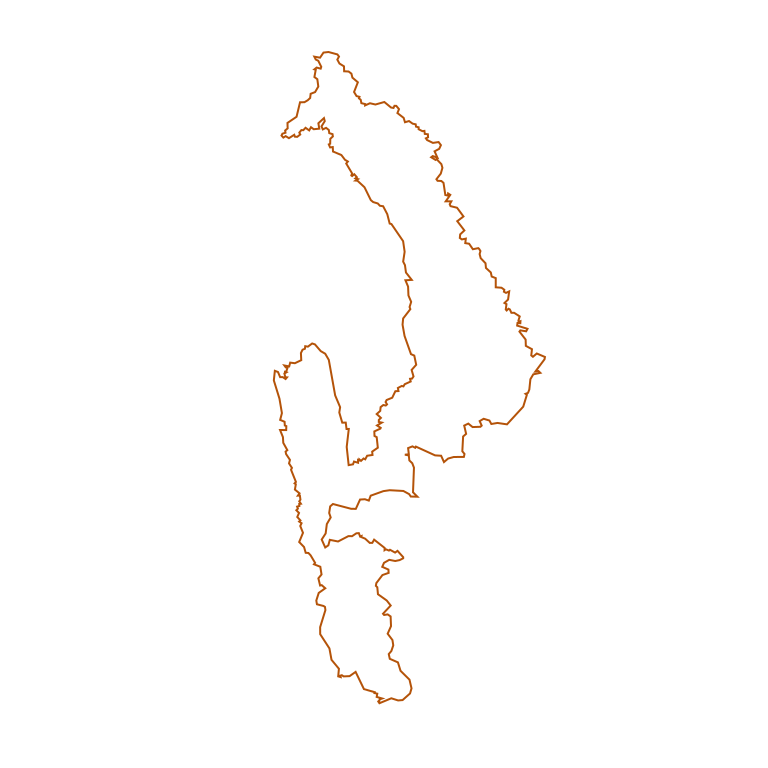 the district of Tlaltetela, Veracruz, Mexico, rotated 102°
{"feature_id": "50627088B55726085156575", "entity_name": "Tlaltetela", "entity_type": "district", "adm_level": 2, "iso_a3": "MEX", "parent_name": "Mexico", "parent_adm1": "Veracruz", "projection": "natural_earth1", "projection_center": [-96.832, 19.284], "detail": "fine", "context": "isolated", "style": "outline", "palette": "amber", "viewbox_px": 768, "rotation_deg": 102, "n_neighbors": 0, "source": "geoboundaries", "source_scale": "gbopen_adm2", "svg_char_len": 6142}
<svg xmlns="http://www.w3.org/2000/svg" viewBox="0 0 768 768"><g transform="rotate(102 384 384)"><path d="M73.1,496.1L71.3,498.1L70.8,507.3L72.4,512.1L78.1,514.4L78.3,520.2L80.8,518.2L81.5,515.5L86.8,511.3L88.7,511.5L88.5,515.7L90.7,517.5L90.8,516.1L98.2,515.9L99.7,512.6L106.7,510.1L112.8,512.1L115.4,516.1L119.6,515.7L122.3,517.6L124.9,520.4L125.9,524.7L140.8,525.1L148.7,532.7L154.0,531.4L156.6,533.4L158.7,532.6L160.3,535.4L162.3,535.9L163.9,533.7L162.0,531.7L163.3,528.1L158.9,523.6L160.6,522.6L160.3,520.3L157.4,517.8L155.7,519.1L152.8,517.6L152.5,515.7L149.7,514.0L151.5,509.9L148.0,508.8L149.4,505.7L147.7,500.4L142.6,502.4L136.4,498.0L139.2,496.6L145.0,498.7L147.7,496.8L145.5,493.9L147.0,490.8L150.0,489.7L150.3,486.3L152.5,485.5L155.3,487.5L160.2,486.6L161.1,487.8L163.8,485.9L162.9,483.4L167.2,482.2L168.9,473.3L172.8,468.8L173.9,465.6L176.2,466.8L184.6,459.0L186.8,459.3L187.2,458.4L185.0,456.7L187.3,453.6L188.8,454.7L189.0,452.1L190.9,454.0L190.7,452.2L195.6,444.0L206.9,435.1L208.3,432.4L208.7,427.6L210.5,425.1L210.3,421.8L217.2,416.1L225.9,411.8L226.0,410.0L240.3,395.0L250.4,391.3L260.3,390.7L263.4,388.2L270.4,385.7L276.4,378.5L278.1,384.6L283.7,380.7L292.3,378.5L298.0,374.5L303.4,375.0L305.3,373.8L315.9,378.9L322.1,378.2L332.7,373.9L349.2,363.8L349.9,360.3L358.5,356.5L364.5,359.9L370.5,356.7L372.9,357.7L373.5,359.6L376.0,358.4L379.9,363.7L382.3,364.5L382.2,366.2L385.0,369.6L387.9,368.4L388.7,371.4L395.7,373.1L399.1,378.1L401.3,378.7L403.3,376.8L404.7,377.8L404.7,380.3L407.3,382.5L411.1,382.1L414.9,384.9L417.8,380.0L420.2,381.6L422.2,381.2L422.2,378.1L426.0,382.2L427.6,378.1L428.4,378.3L432.4,383.6L436.8,382.5L437.5,380.1L447.6,376.8L452.6,381.5L455.8,380.5L457.7,385.6L461.6,386.7L461.1,388.5L464.0,390.5L462.8,392.6L463.9,392.6L463.7,393.6L466.4,393.0L466.1,397.2L469.0,397.6L470.7,401.7L453.3,407.4L435.3,409.1L435.8,411.3L429.7,413.4L430.5,416.8L421.2,421.8L415.8,422.1L405.3,429.4L371.9,443.0L366.6,447.8L365.0,452.7L359.6,459.8L359.3,462.7L363.3,466.2L363.4,468.9L366.0,468.7L367.4,470.8L371.0,471.7L377.9,469.9L382.2,475.5L382.6,480.2L386.5,480.4L386.6,485.3L388.2,483.5L387.8,481.7L392.1,482.2L392.7,484.2L392.9,481.9L394.5,483.6L397.9,481.9L397.7,480.3L399.6,481.3L398.3,484.5L398.9,487.0L394.3,490.2L393.8,493.5L403.4,492.5L420.1,483.2L433.7,477.8L440.7,478.1L441.6,473.4L445.2,472.4L445.5,470.8L449.4,470.1L450.6,476.1L457.0,471.8L462.5,470.3L468.8,464.8L470.6,466.2L472.9,465.2L477.8,460.2L481.4,460.4L485.2,456.6L487.2,457.1L498.1,449.8L499.8,450.8L500.4,449.4L505.8,449.2L508.5,443.9L511.1,445.0L510.6,443.1L514.5,441.7L516.4,442.5L518.4,440.4L519.0,442.0L520.9,441.4L522.0,443.5L523.8,442.3L525.7,443.5L527.8,440.3L532.1,441.2L534.8,437.4L536.2,438.4L537.3,435.7L540.3,436.4L546.4,432.3L556.2,434.1L560.1,428.3L565.4,425.5L565.0,422.8L566.8,420.2L573.3,414.2L574.9,415.0L576.0,408.3L583.3,405.5L587.7,407.8L594.4,404.6L593.7,403.1L596.0,399.0L601.9,404.4L609.9,405.2L613.4,403.8L613.7,397.0L614.3,395.4L617.3,394.3L635.1,395.9L642.0,394.4L654.0,382.4L664.7,378.0L671.9,368.9L679.5,368.0L679.7,365.5L678.4,366.2L677.6,364.7L678.4,362.7L676.9,356.9L671.5,351.9L686.6,340.2L687.4,328.9L688.3,329.0L688.3,326.2L691.6,326.1L692.0,320.4L693.4,322.7L695.7,322.7L695.2,324.2L697.2,322.1L689.9,311.5L690.6,304.4L689.3,300.1L681.3,294.2L676.0,293.8L667.9,297.6L661.1,308.2L653.4,312.5L651.6,321.2L647.2,323.2L643.7,321.3L637.7,320.6L632.7,322.5L627.5,328.5L619.4,326.8L610.0,329.2L608.6,332.5L609.9,335.9L608.9,337.2L599.3,331.4L595.2,336.3L590.9,346.2L584.2,348.3L583.1,350.0L580.3,350.1L571.2,345.8L567.8,340.2L564.6,341.1L563.2,347.7L558.9,346.8L554.9,342.3L554.8,336.2L553.0,332.1L550.5,329.0L549.4,329.2L544.4,336.1L546.6,338.1L544.9,343.7L545.9,344.5L545.3,347.8L546.4,348.9L544.2,349.3L538.3,361.3L541.8,362.4L542.4,364.9L539.2,370.3L538.4,374.6L537.4,374.5L538.1,375.7L535.1,377.6L535.8,380.0L539.5,383.6L540.2,387.2L547.6,396.2L547.7,404.6L553.4,404.9L556.1,407.5L549.1,412.6L542.3,410.0L532.9,410.8L525.6,408.4L521.6,410.8L514.9,411.2L512.0,409.0L512.9,390.3L512.0,385.6L502.0,383.4L500.7,378.7L501.2,374.6L496.0,373.8L488.9,362.3L486.7,356.3L484.6,342.8L486.5,336.5L488.5,334.4L487.3,327.9L483.9,333.1L459.6,337.3L455.6,339.9L453.5,343.3L448.7,344.9L448.8,348.9L447.6,345.1L441.7,347.1L439.1,343.2L439.9,340.2L438.6,339.8L443.2,319.2L442.3,313.2L447.9,309.1L443.6,305.8L440.9,300.6L438.7,290.7L435.7,290.7L433.5,293.4L418.9,295.7L415.7,293.3L408.0,296.9L405.2,293.3L407.7,288.4L405.8,280.8L404.4,279.8L400.4,282.7L397.3,279.3L397.8,273.3L400.8,270.7L398.5,264.9L397.9,255.3L377.2,243.1L364.9,242.0L364.2,243.5L362.7,241.3L359.2,240.7L348.9,241.8L343.5,240.0L340.6,233.4L339.2,235.7L340.3,238.5L326.4,232.1L324.1,232.2L322.4,240.9L326.4,244.0L325.4,245.9L319.2,246.5L317.2,253.2L311.1,254.7L304.6,262.4L303.2,261.8L302.9,255.9L300.2,255.1L299.2,265.9L296.6,266.1L296.2,263.3L294.2,263.6L295.2,265.2L294.2,265.7L289.7,265.3L287.3,271.5L287.9,274.2L284.9,276.4L284.5,277.9L286.6,279.3L285.8,280.4L280.4,280.8L279.7,283.0L275.6,280.2L267.4,280.8L269.5,283.6L268.8,285.9L266.8,285.9L265.4,289.1L266.2,294.8L257.2,296.7L256.5,301.0L252.7,302.7L249.3,308.4L244.8,309.8L240.8,315.6L237.0,317.5L233.9,317.3L232.1,319.0L231.5,320.0L233.7,325.1L229.1,329.9L229.3,333.8L224.8,334.2L226.4,337.9L225.4,340.2L221.8,340.6L217.1,337.3L209.5,346.2L203.6,341.1L196.4,349.2L196.2,355.9L194.5,357.1L191.3,356.1L192.5,361.6L185.2,358.5L184.3,360.9L186.4,360.7L186.4,363.3L174.9,367.6L173.5,370.1L174.1,373.9L172.8,375.3L166.4,372.2L160.4,371.8L157.0,373.6L153.1,379.4L154.1,380.2L152.4,385.0L150.9,383.7L151.5,378.8L145.9,382.9L142.5,378.9L138.5,378.0L136.0,380.9L138.0,386.3L136.4,392.6L135.0,394.1L133.5,392.2L130.6,393.0L130.9,396.1L128.0,397.1L128.7,399.0L127.6,403.1L125.7,403.5L125.6,406.2L123.4,407.0L123.4,410.1L121.6,414.2L123.6,417.9L119.6,420.1L116.2,427.2L112.0,426.5L109.4,429.8L109.7,431.6L112.0,432.1L112.1,434.6L108.1,442.3L112.4,450.5L112.3,456.1L115.4,460.4L114.1,460.6L114.0,464.5L110.8,465.9L109.8,467.9L108.2,467.7L108.1,470.7L104.6,474.0L94.3,472.3L90.9,478.6L87.2,480.4L85.7,483.6L86.4,488.0L81.6,489.2L79.8,494.2L76.4,497.1L73.1,496.1Z" fill="none" stroke="#b45309" stroke-width="2"/></g></svg>